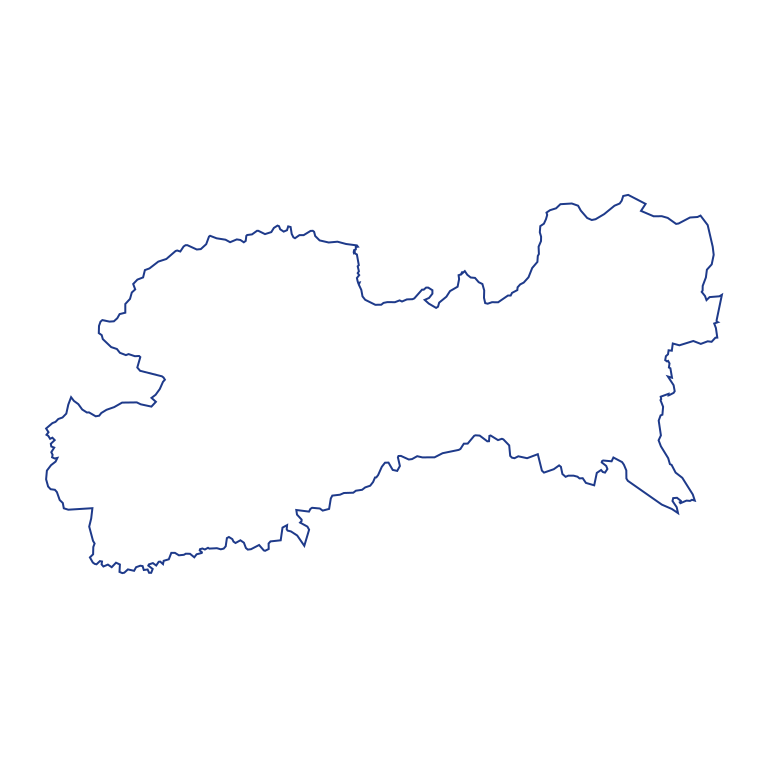 outline of Calnali, Hidalgo, Mexico
{"feature_id": "50627088B12242639821248", "entity_name": "Calnali", "entity_type": "district", "adm_level": 2, "iso_a3": "MEX", "parent_name": "Mexico", "parent_adm1": "Hidalgo", "projection": "albers", "projection_center": [-98.548, 20.904], "detail": "fine", "context": "isolated", "style": "outline", "palette": "blue", "viewbox_px": 768, "rotation_deg": 0, "n_neighbors": 0, "source": "geoboundaries", "source_scale": "gbopen_adm2", "svg_char_len": 6072}
<svg xmlns="http://www.w3.org/2000/svg" viewBox="0 0 768 768"><path d="M678.0,513.1L676.7,507.2L672.5,501.0L673.2,498.1L677.0,497.8L680.9,500.9L681.1,501.6L679.8,502.3L680.4,503.2L686.5,500.6L690.0,500.9L692.0,499.8L694.8,500.6L692.8,494.5L682.3,477.8L675.6,472.6L671.6,464.9L669.9,464.1L668.2,458.2L660.9,446.3L658.6,440.3L660.9,435.4L658.7,420.6L660.6,415.4L662.4,414.7L663.1,406.8L660.5,400.1L661.2,399.1L660.7,396.7L668.6,393.8L668.5,395.4L669.1,395.2L673.6,392.9L674.7,391.2L673.6,385.2L667.9,376.5L672.0,377.7L670.4,368.3L668.9,367.5L669.5,363.4L668.1,360.9L667.0,361.4L665.2,360.1L665.9,356.2L668.0,354.3L668.6,350.3L671.8,350.7L672.8,343.5L679.4,345.3L693.3,341.0L700.8,343.9L707.7,341.3L711.6,341.8L715.4,337.7L717.3,337.6L715.9,328.0L714.2,323.5L717.9,322.2L716.7,321.6L716.6,320.3L721.9,294.8L719.4,296.3L709.6,297.1L706.5,300.1L705.0,296.0L701.7,291.9L702.6,290.6L702.7,285.9L705.9,277.4L706.9,269.7L711.7,264.4L713.7,254.8L712.7,246.7L707.7,225.1L700.5,215.6L697.5,217.0L690.0,217.5L678.6,223.5L676.1,223.9L667.7,217.9L661.8,216.2L653.7,216.3L641.0,210.9L645.6,203.9L628.2,194.9L623.2,196.0L621.7,200.7L619.7,203.5L614.5,205.7L604.2,214.1L595.6,219.2L591.8,220.0L587.2,218.0L580.8,210.6L578.1,205.7L571.8,203.5L560.4,204.2L556.1,208.3L550.0,210.2L546.5,212.6L547.2,214.9L546.0,219.1L543.9,223.7L540.3,226.1L539.8,232.3L541.1,236.7L541.0,241.1L538.6,246.7L538.9,254.0L537.8,256.0L537.4,261.9L532.2,268.0L528.5,277.3L523.7,282.6L520.2,284.4L517.6,287.3L517.3,290.1L512.0,292.9L510.7,295.5L508.0,295.5L498.1,302.3L492.0,302.2L487.7,303.7L485.2,303.1L484.0,297.8L484.2,290.4L482.4,284.0L478.7,282.2L475.0,277.9L470.7,277.5L467.3,274.8L464.8,271.1L462.8,272.9L463.0,272.3L462.1,272.2L460.9,274.4L458.6,275.2L459.1,279.1L457.6,286.7L450.0,291.1L446.4,296.7L439.2,302.6L438.0,306.7L436.1,307.9L428.8,303.6L424.7,299.9L429.1,297.9L432.4,293.7L432.4,290.2L428.2,287.6L426.1,287.6L423.7,289.7L422.0,289.7L414.3,298.4L412.5,299.2L406.9,299.4L402.0,301.5L399.6,300.4L394.9,302.2L387.4,302.1L383.5,302.9L381.3,304.7L375.3,304.8L365.2,299.8L362.5,296.4L361.3,289.9L358.8,284.6L359.6,282.6L358.2,283.0L357.6,281.1L356.9,278.0L359.2,275.1L357.7,273.1L358.9,271.3L357.7,266.3L358.8,265.2L356.9,254.5L354.9,253.4L354.8,252.2L353.9,253.0L353.7,252.2L354.1,250.1L355.8,249.4L355.8,247.0L357.9,246.7L356.9,245.4L346.1,244.0L337.5,241.7L328.7,242.5L319.6,240.4L315.2,236.0L314.1,231.8L312.8,230.8L310.6,230.9L303.7,235.1L299.5,235.1L295.0,238.2L293.4,237.3L291.7,233.9L290.6,227.0L288.2,226.4L287.0,230.2L283.7,231.6L280.2,229.3L279.0,226.2L277.5,225.6L273.9,227.9L271.3,232.1L265.0,234.1L258.3,230.8L257.0,230.8L252.0,234.4L247.2,235.0L246.3,235.9L245.7,240.9L243.8,242.3L240.4,240.0L236.8,239.4L230.1,242.2L225.5,239.7L216.6,238.3L210.1,235.8L209.0,236.6L206.2,244.2L200.8,249.1L196.8,249.5L187.4,245.2L185.5,245.2L183.6,246.5L180.3,251.5L177.2,250.5L175.6,251.0L166.3,259.0L158.3,261.6L149.5,268.4L144.9,270.1L143.1,277.4L137.4,279.6L133.2,284.0L135.2,289.4L131.8,292.5L130.0,298.9L125.3,304.0L125.3,312.7L119.6,314.1L117.3,318.2L113.9,321.3L109.5,321.6L102.3,320.1L100.5,321.7L99.0,325.9L98.8,333.1L101.7,335.1L102.8,339.1L111.2,347.1L116.9,349.0L119.9,352.8L125.9,355.1L128.6,354.1L134.9,356.2L139.1,356.0L140.3,357.1L137.3,367.5L140.1,370.8L161.9,376.3L163.5,377.5L164.9,379.7L163.0,381.8L159.8,389.0L155.6,394.8L151.5,397.9L155.9,401.8L151.4,406.6L140.7,404.3L136.8,402.4L122.1,402.6L114.2,407.1L106.5,409.8L101.3,413.0L99.2,415.7L95.7,416.3L89.0,412.4L86.9,412.5L82.2,409.5L78.3,404.1L73.9,400.9L71.1,397.2L68.3,404.6L66.3,413.6L62.5,417.5L58.3,419.0L55.5,421.9L52.4,423.1L46.1,428.5L48.5,432.2L46.5,434.8L48.3,435.9L50.1,438.8L52.4,437.7L54.7,440.1L50.8,443.8L51.3,446.5L54.2,447.6L51.3,452.2L52.6,454.8L52.1,457.3L54.7,458.5L57.4,457.9L55.6,461.6L51.0,465.2L46.9,470.6L46.1,479.3L48.1,486.5L50.6,489.2L54.9,489.8L56.9,492.1L59.7,500.0L62.8,503.0L63.8,508.3L68.3,509.7L92.4,508.2L91.2,518.4L89.2,526.6L93.0,540.8L94.6,543.5L93.3,547.0L93.1,554.3L89.9,557.4L92.8,562.5L94.7,563.9L96.5,564.3L99.9,561.1L102.0,561.5L101.6,564.4L103.4,566.5L107.9,564.6L111.7,567.2L116.0,562.7L119.9,564.5L119.5,571.9L122.3,573.1L124.3,572.7L127.9,569.4L134.1,570.8L136.1,567.2L140.3,565.7L142.6,566.1L143.8,570.0L147.6,569.5L149.1,572.8L151.2,572.8L152.7,569.0L148.3,565.6L148.9,564.4L152.9,563.1L156.2,565.5L158.7,561.8L160.2,561.6L163.0,564.1L163.7,560.8L168.8,559.3L171.3,552.9L175.0,552.9L178.9,555.3L183.9,554.8L185.8,553.7L190.0,553.8L194.3,557.3L196.6,554.3L201.7,553.0L201.9,552.3L199.7,550.4L200.0,549.2L202.4,548.5L204.9,549.5L208.0,547.8L209.3,548.6L216.9,548.2L220.8,549.3L223.7,548.6L225.7,546.3L226.9,538.1L228.9,537.0L232.3,539.1L233.5,541.6L235.5,543.0L240.4,540.3L243.9,542.7L245.9,548.0L247.8,549.6L251.0,549.2L259.1,545.0L263.8,550.4L265.1,550.8L268.7,549.0L268.6,543.5L270.5,541.4L280.7,540.3L282.5,527.6L287.1,525.1L286.7,529.3L287.6,530.6L290.9,531.4L297.2,535.5L304.3,545.8L309.1,529.7L307.4,526.6L300.1,522.6L301.6,521.0L301.6,519.6L297.0,514.6L296.3,510.0L309.0,511.6L310.4,508.9L312.1,507.8L319.8,508.5L322.7,510.6L329.1,508.9L330.8,498.5L332.3,495.6L340.0,494.7L343.9,493.0L353.3,492.7L355.9,490.7L362.1,489.8L365.2,487.4L370.2,485.7L373.1,482.0L375.0,477.5L376.3,477.4L378.1,475.1L381.8,466.8L385.0,462.7L388.5,462.6L392.7,469.9L397.2,470.9L399.9,466.0L397.9,457.3L398.5,456.0L400.9,455.9L408.8,459.5L412.0,459.1L417.2,456.2L422.4,457.4L434.6,457.3L442.6,453.2L458.7,449.9L460.4,449.0L463.8,443.7L467.7,443.6L474.2,435.8L475.5,435.3L479.7,435.6L487.3,441.3L489.0,441.2L489.4,435.9L490.6,435.5L498.0,440.1L501.9,438.8L503.4,439.4L509.2,445.4L510.2,455.9L512.0,457.7L514.5,458.2L518.3,456.3L527.1,458.2L537.8,454.2L541.9,470.6L544.0,472.6L553.8,469.2L559.1,465.4L560.9,466.8L562.4,474.0L565.6,476.8L568.3,475.7L573.7,475.7L577.5,476.7L579.5,478.4L582.7,478.2L585.9,482.9L594.2,485.3L596.8,472.9L601.1,470.0L602.8,472.0L605.0,472.6L607.4,469.0L606.2,465.9L601.7,462.4L602.0,461.2L603.1,460.5L611.6,461.3L613.4,457.5L622.1,462.1L623.9,464.7L626.3,470.4L626.4,478.5L627.8,480.8L661.8,504.6L671.9,509.0L678.0,513.1Z" fill="none" stroke="#1e3a8a" stroke-width="2"/></svg>